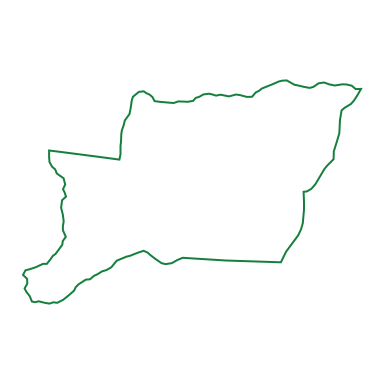 Cachoeirinha, Tocantins, Brazil
{"feature_id": "56859067B94682189349477", "entity_name": "Cachoeirinha", "entity_type": "district", "adm_level": 2, "iso_a3": "BRA", "parent_name": "Brazil", "parent_adm1": "Tocantins", "projection": "robinson", "projection_center": [-47.863, -6.098], "detail": "fine", "context": "isolated", "style": "outline", "palette": "green", "viewbox_px": 384, "rotation_deg": 0, "n_neighbors": 0, "source": "geoboundaries", "source_scale": "gbopen_adm2", "svg_char_len": 1916}
<svg xmlns="http://www.w3.org/2000/svg" viewBox="0 0 384 384"><path d="M44.7,302.8L49.5,303.6L53.3,302.3L57.3,302.8L63.3,299.7L69.7,294.5L74.1,290.6L75.7,287.2L78.7,284.2L85.9,279.6L90.0,279.3L94.0,275.8L97.0,274.5L102.2,271.3L106.4,270.1L111.3,267.3L116.7,260.7L126.6,256.6L130.1,255.8L134.5,254.0L139.3,252.2L143.7,250.8L147.6,252.6L150.8,255.4L155.5,259.0L158.4,261.0L161.6,263.2L165.5,264.1L171.7,263.2L177.4,260.0L182.7,257.8L225.7,260.5L280.9,262.3L286.0,251.8L298.2,235.3L301.0,229.4L302.8,223.2L304.0,209.7L304.0,202.2L303.6,191.8L306.9,191.4L311.4,188.8L315.4,184.2L324.4,169.0L327.4,165.4L333.6,159.2L333.8,151.4L336.6,142.4L339.3,133.4L340.0,119.9L341.6,110.4L344.6,107.8L350.9,104.0L354.0,100.5L357.4,95.3L361.0,88.9L355.7,89.1L351.8,85.7L346.6,84.5L342.6,84.3L339.3,84.8L334.7,85.5L329.4,84.4L324.1,82.5L318.6,83.3L313.4,86.9L309.7,87.9L304.0,86.9L300.0,85.9L294.3,84.7L286.7,80.4L282.0,80.7L278.8,81.5L272.2,84.4L267.7,86.2L261.9,88.5L258.9,90.9L255.8,92.4L252.0,96.8L246.7,96.9L240.1,95.1L236.1,94.5L228.9,96.4L220.6,94.7L216.1,95.6L212.4,94.5L209.1,93.7L203.2,94.5L199.3,96.8L195.7,97.9L193.2,100.8L187.9,101.8L183.6,101.6L178.4,101.4L173.7,103.0L168.5,102.6L164.0,102.2L159.5,101.8L154.6,101.1L152.4,97.0L149.6,94.6L146.6,93.3L143.7,91.3L138.9,91.9L132.9,96.8L131.7,100.8L130.7,108.0L129.5,114.0L124.8,120.5L123.7,125.2L121.9,130.2L121.3,134.0L121.0,142.1L120.5,145.9L120.5,154.3L119.4,159.6L105.2,157.7L62.1,152.1L49.1,150.5L49.1,157.2L49.5,162.0L52.1,166.8L55.2,169.4L56.8,173.5L63.6,178.3L65.2,184.5L63.0,189.2L64.6,192.4L66.0,196.6L62.1,200.2L61.1,207.8L62.8,214.5L63.7,221.3L62.9,226.0L62.9,230.2L65.8,236.9L62.8,241.0L62.3,244.7L59.2,249.0L55.5,254.0L52.8,255.9L50.4,259.4L46.8,263.9L42.9,263.9L35.8,267.2L29.4,269.3L25.5,270.3L23.0,274.9L27.1,278.8L27.3,283.6L24.6,288.4L26.2,291.6L29.7,296.1L31.9,301.5L35.1,302.2L38.7,301.3L44.7,302.8Z" fill="none" stroke="#15803d" stroke-width="2"/></svg>